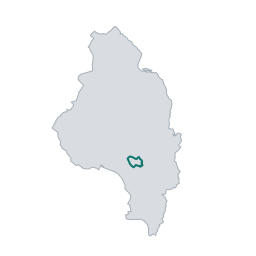 Iran, with Qom highlighted, rotated 215°
{"feature_id": "IRN-3232", "entity_name": "Qom", "entity_type": "Province", "adm_level": 1, "iso_a3": "IRN", "parent_name": "Iran", "parent_adm1": "", "projection": "robinson", "projection_center": [50.771, 34.662], "detail": "fine", "context": "in_parent", "style": "outline", "palette": "teal", "viewbox_px": 256, "rotation_deg": 215, "n_neighbors": 0, "source": "natural_earth", "source_scale": "10m", "svg_char_len": 4129}
<svg xmlns="http://www.w3.org/2000/svg" viewBox="0 0 256 256"><g transform="rotate(215 128 128)"><path d="M127.9,77.0L130.3,77.1L134.6,75.7L135.0,75.4L136.2,72.5L137.7,71.2L140.3,69.7L142.0,69.2L147.9,69.4L148.3,68.2L149.3,67.6L155.7,68.0L156.7,68.9L157.2,70.5L162.5,72.0L163.7,72.5L165.0,73.7L166.1,74.0L167.5,73.5L168.3,73.8L169.7,73.5L173.9,75.3L174.6,77.1L175.3,78.0L176.3,78.7L179.6,80.1L180.6,81.0L183.1,84.3L189.8,84.3L190.3,85.0L190.3,86.5L190.8,89.9L190.4,91.2L191.3,92.3L191.2,94.5L191.6,96.0L191.0,98.1L190.2,98.5L190.7,100.3L190.1,102.1L190.2,102.8L189.2,104.3L189.1,104.9L187.2,106.3L188.7,108.4L186.6,108.5L185.3,110.7L185.7,113.3L185.4,114.7L185.6,115.4L186.2,115.9L189.1,116.5L189.2,116.8L186.2,120.6L186.4,122.1L188.9,129.9L188.6,133.7L189.0,137.7L196.4,138.9L197.3,139.9L197.9,142.1L197.9,143.7L197.7,144.6L189.7,154.7L194.0,159.7L194.2,160.8L196.9,165.8L199.3,168.3L203.4,169.7L205.3,171.5L207.1,171.5L207.0,174.0L207.8,179.2L207.3,181.6L208.7,182.1L211.0,181.7L211.8,182.2L212.2,183.1L211.7,183.6L211.8,185.6L211.3,186.1L211.1,188.0L207.8,188.1L204.7,188.9L203.6,189.7L203.0,191.0L202.0,190.9L201.7,191.5L199.5,192.4L198.8,196.4L198.0,197.3L197.5,203.0L197.0,203.1L195.9,204.1L189.2,202.2L188.5,200.8L187.8,200.6L186.9,201.9L183.5,201.2L182.4,201.4L181.7,201.0L179.9,201.0L178.4,200.1L174.8,200.8L172.5,199.4L170.1,199.0L167.2,199.0L164.8,198.0L163.6,198.4L163.0,197.6L159.4,196.9L158.3,194.4L158.2,193.1L157.3,190.9L157.0,187.7L156.1,185.4L154.6,183.4L150.5,182.3L148.4,182.9L146.9,184.0L144.3,184.6L142.3,186.8L141.2,186.6L136.4,189.5L135.4,189.5L131.9,187.5L130.3,187.2L127.1,187.2L125.3,185.9L124.8,185.0L120.6,182.9L118.0,181.0L117.2,179.2L116.1,178.0L113.6,176.9L112.1,175.8L108.2,175.4L105.5,172.6L105.5,171.7L103.8,168.7L103.6,166.4L103.2,165.9L101.8,164.9L101.6,164.3L101.9,162.9L100.1,162.1L99.9,161.4L99.9,159.2L95.7,154.0L94.8,151.2L94.0,151.0L90.3,152.9L89.2,151.9L85.9,150.0L85.4,149.3L86.3,149.0L87.1,149.3L87.6,148.9L87.4,148.3L86.6,147.9L85.4,148.0L85.7,148.5L84.7,149.1L84.4,149.8L84.7,152.0L84.2,152.6L82.5,152.9L81.4,153.6L80.4,152.8L80.1,151.3L79.5,150.2L78.6,149.9L77.9,148.9L76.7,148.4L76.8,142.9L73.9,142.8L73.9,138.7L75.2,134.6L72.5,130.9L71.3,128.0L70.6,127.5L69.1,127.6L64.4,123.8L62.7,122.8L60.4,122.5L60.1,121.2L60.7,119.7L59.7,117.7L59.3,117.2L58.4,116.9L58.5,115.7L57.2,115.8L55.0,112.4L54.3,112.0L55.6,109.4L54.8,107.4L55.3,105.6L56.5,105.7L56.9,103.4L59.0,101.0L60.9,100.0L61.1,99.2L60.7,98.0L59.6,96.3L59.8,95.0L60.2,94.3L62.1,93.6L62.2,93.3L61.3,92.8L57.9,92.8L56.1,91.2L54.4,90.8L53.4,87.2L53.2,86.8L52.4,86.7L51.9,86.0L51.6,83.7L50.4,82.7L49.5,79.2L49.5,78.3L49.8,77.6L48.0,76.1L47.8,73.8L48.2,73.2L46.0,71.6L45.1,71.5L45.0,71.2L46.5,67.6L47.1,66.8L45.9,66.2L45.9,64.5L45.6,63.0L45.7,61.6L44.9,60.6L44.7,59.9L45.0,58.4L44.2,57.6L43.8,56.0L46.9,55.5L47.5,53.0L48.6,51.9L50.6,53.1L53.2,57.2L54.8,58.4L56.0,59.8L61.9,61.2L63.1,60.8L65.2,60.9L67.7,58.3L68.9,58.0L71.9,55.5L75.6,53.2L77.5,52.8L80.2,55.7L78.6,56.6L78.4,57.4L78.5,58.1L79.8,58.8L79.9,59.7L79.5,60.1L77.9,60.5L77.4,61.4L79.2,62.7L80.0,63.9L81.0,64.2L82.4,66.0L84.8,65.7L85.2,70.1L86.5,73.7L89.0,75.2L95.5,76.4L96.2,77.1L97.3,79.0L98.9,80.4L104.0,83.2L109.5,84.6L113.2,84.5L126.7,81.3L127.9,81.3L125.9,82.1L126.7,82.5L128.4,82.5L128.8,82.1L128.9,81.6L127.9,77.0ZM149.1,185.2L148.3,186.4L147.0,187.5L146.1,187.2L142.3,188.7L141.3,188.6L141.2,188.1L145.3,186.3L145.5,185.9L145.3,184.9L146.6,185.3L148.1,184.5L149.3,184.3L149.9,184.9L149.1,185.2Z" fill="#d9dde1" stroke="#a8b0b8" stroke-width="1"/><path d="M109.8,106.0L106.9,106.8L106.2,106.8L104.3,107.0L103.5,107.3L103.2,107.7L103.1,108.0L102.8,110.0L103.0,110.4L103.3,110.6L101.3,110.0L100.4,109.5L98.1,109.3L97.5,108.9L97.1,108.4L96.9,107.9L97.0,107.4L96.8,107.1L96.6,106.8L96.3,106.7L96.0,106.7L95.7,106.6L95.3,106.2L94.8,105.7L94.9,105.1L95.7,104.7L95.8,104.5L95.6,104.2L95.6,103.6L96.1,103.2L96.9,103.3L97.7,103.1L98.2,102.7L99.3,102.5L100.2,102.2L100.3,102.2L100.4,101.8L100.6,100.2L100.9,99.4L101.1,99.0L103.6,99.1L105.7,99.7L110.6,102.6L110.7,103.0L110.7,103.8L110.5,104.7L110.1,105.6L109.8,106.0Z" fill="none" stroke="#0f766e" stroke-width="2"/></g></svg>